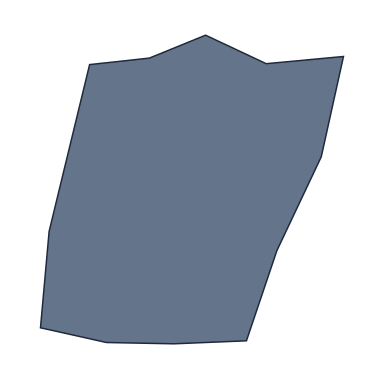 an SVG outline of Dennery, rotated 185°
{"feature_id": "LCA-5080", "entity_name": "Dennery", "entity_type": "Quarter", "adm_level": 1, "iso_a3": "LCA", "parent_name": "Saint Lucia", "parent_adm1": "", "projection": "mercator", "projection_center": [-60.918, 13.94], "detail": "fine", "context": "isolated", "style": "filled", "palette": "slate", "viewbox_px": 384, "rotation_deg": 185, "n_neighbors": 0, "source": "natural_earth", "source_scale": "10m", "svg_char_len": 320}
<svg xmlns="http://www.w3.org/2000/svg" viewBox="0 0 384 384"><g transform="rotate(185 192 192)"><path d="M331.1,43.5L330.9,140.3L305.1,310.0L246.1,321.7L192.2,349.4L129.3,326.3L52.9,340.2L66.3,238.3L102.3,141.1L124.8,48.5L196.7,39.2L264.1,34.6L331.1,43.5Z" fill="#64748b" stroke="#1e293b" stroke-width="1.5"/></g></svg>